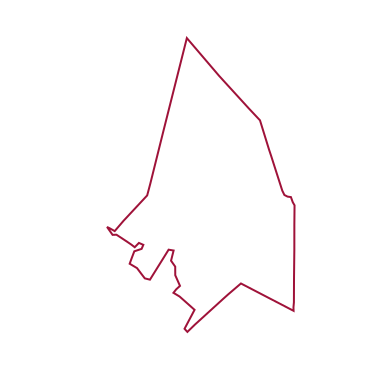 Murici, Alagoas, Brazil (Equal Earth projection), rotated 340°
{"feature_id": "56859067B92034716727296", "entity_name": "Murici", "entity_type": "district", "adm_level": 2, "iso_a3": "BRA", "parent_name": "Brazil", "parent_adm1": "Alagoas", "projection": "equal_earth", "projection_center": [-35.962, -9.277], "detail": "fine", "context": "isolated", "style": "outline", "palette": "rose", "viewbox_px": 384, "rotation_deg": 340, "n_neighbors": 0, "source": "geoboundaries", "source_scale": "gbopen_adm2", "svg_char_len": 895}
<svg xmlns="http://www.w3.org/2000/svg" viewBox="0 0 384 384"><g transform="rotate(340 192 192)"><path d="M206.7,294.7L246.8,338.4L247.9,335.1L250.0,330.6L258.3,308.1L268.4,281.3L276.9,258.0L283.8,239.6L283.2,236.1L283.2,230.6L280.2,229.0L277.8,226.4L277.3,221.6L278.1,200.8L278.7,185.6L278.9,178.4L280.4,147.9L273.8,132.5L259.8,98.5L257.1,91.9L239.8,45.6L185.6,125.5L155.6,170.0L148.7,179.9L117.7,195.7L106.0,202.3L102.3,198.0L100.2,195.8L102.7,205.1L106.4,206.3L114.2,216.8L117.0,220.7L119.3,224.3L124.7,221.7L128.2,225.0L125.2,228.2L117.5,228.0L112.4,233.9L108.9,238.1L114.3,244.7L116.1,250.6L118.1,257.0L122.5,260.0L142.8,244.1L150.3,238.2L154.7,240.7L148.8,249.4L150.7,256.4L149.4,260.0L147.8,264.5L148.6,276.1L143.8,278.1L140.1,280.4L144.6,286.0L154.1,303.6L138.2,318.0L139.8,321.9L149.4,317.6L184.7,303.1L191.2,300.5L206.7,294.7Z" fill="none" stroke="#9f1239" stroke-width="2"/></g></svg>